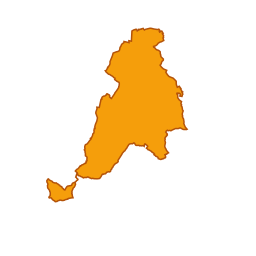 Horoatu Crasnei, Salaj, Romania (Mercator projection), rotated 31°
{"feature_id": "2599482B73206727878313", "entity_name": "Horoatu Crasnei", "entity_type": "district", "adm_level": 2, "iso_a3": "ROU", "parent_name": "Romania", "parent_adm1": "Salaj", "projection": "mercator", "projection_center": [22.925, 47.064], "detail": "fine", "context": "isolated", "style": "filled", "palette": "amber", "viewbox_px": 256, "rotation_deg": 31, "n_neighbors": 0, "source": "geoboundaries", "source_scale": "gbopen_adm2", "svg_char_len": 5853}
<svg xmlns="http://www.w3.org/2000/svg" viewBox="0 0 256 256"><g transform="rotate(31 128 128)"><path d="M111.1,221.8L113.1,219.9L112.9,219.5L113.3,219.0L115.2,217.3L116.8,216.1L115.3,214.9L114.6,213.9L113.7,213.4L113.7,213.0L113.4,212.9L113.3,212.2L112.6,211.5L112.6,210.9L112.3,210.3L112.3,209.2L112.0,208.3L112.0,207.5L112.4,206.4L112.3,204.6L112.0,203.9L112.0,203.2L110.5,201.8L111.0,200.6L111.0,199.6L111.6,198.6L111.6,198.1L111.6,197.9L111.4,197.7L109.9,197.5L109.0,196.8L108.6,196.9L107.8,194.1L107.7,193.0L107.4,192.4L109.7,194.4L111.9,193.8L112.5,193.9L114.5,193.6L115.4,193.8L116.1,192.9L118.1,191.7L118.4,190.9L119.7,190.4L120.5,190.6L121.3,190.3L122.8,190.2L123.8,189.2L124.7,189.1L127.8,187.4L129.3,186.2L129.7,185.8L129.9,183.7L129.8,181.1L129.9,180.7L130.6,180.5L130.8,180.0L132.2,178.9L132.4,178.6L132.5,177.0L134.0,175.4L134.8,175.2L135.3,174.4L135.3,173.9L134.9,172.9L134.9,172.4L135.2,171.7L134.9,171.0L135.2,169.4L135.0,168.2L135.1,167.6L135.1,166.7L135.4,166.1L135.4,165.1L135.8,164.7L136.7,163.0L136.9,161.9L136.3,161.3L136.1,160.6L136.3,153.4L136.1,152.8L136.7,149.7L137.0,149.4L137.1,146.8L137.3,146.0L137.1,143.6L137.3,143.0L137.2,142.1L137.5,141.0L138.8,139.8L140.0,139.2L140.7,137.7L141.6,137.8L143.3,138.7L144.0,138.7L146.4,137.2L147.1,137.3L147.7,136.8L149.1,136.2L150.1,135.2L151.3,135.4L150.6,133.1L151.0,132.8L153.9,133.2L154.4,133.6L154.2,135.8L155.8,136.0L156.2,136.3L157.6,136.0L160.5,136.0L161.0,136.4L162.8,136.3L164.1,136.7L164.0,137.5L165.5,137.6L166.4,137.9L167.1,137.8L167.4,137.6L168.5,137.7L168.9,137.8L169.7,138.7L172.1,138.2L172.7,137.7L172.8,137.3L173.2,137.2L173.6,136.4L174.0,136.3L174.4,135.8L174.6,134.8L175.3,134.4L175.4,134.0L174.8,132.9L173.4,131.9L174.6,130.5L174.4,130.3L175.5,128.4L172.6,127.4L170.9,126.2L170.2,125.9L169.1,125.0L168.6,124.1L167.6,121.2L166.0,119.7L165.6,118.3L164.9,117.8L164.8,116.7L165.0,116.1L164.9,115.5L165.2,115.2L165.3,113.9L164.9,113.8L164.9,113.1L164.7,112.9L162.5,112.1L162.4,110.4L162.8,110.2L163.0,109.6L163.9,109.6L165.2,108.4L166.2,108.3L166.9,107.0L169.0,104.0L171.3,102.7L172.6,101.0L176.1,100.8L178.8,99.3L179.3,98.6L176.6,97.7L174.6,96.3L174.0,95.7L173.5,95.5L173.0,94.1L171.0,91.7L170.4,91.3L170.0,91.2L168.7,90.1L168.7,89.6L167.3,88.2L166.7,86.1L166.5,84.9L165.5,84.5L163.4,82.0L162.4,81.7L162.0,81.2L162.1,80.8L161.7,80.2L160.9,80.0L160.7,79.7L160.3,77.8L157.7,77.6L155.7,76.8L154.7,76.1L154.3,75.0L153.6,74.4L153.3,73.5L152.4,73.7L152.0,73.1L152.6,72.5L154.0,71.8L154.9,71.8L155.4,72.0L156.0,73.9L158.0,73.2L157.9,72.4L157.5,71.7L157.6,70.9L157.2,70.7L156.9,69.9L156.3,69.7L156.1,68.9L155.5,69.3L154.7,68.3L152.9,67.4L153.1,67.0L150.4,65.8L149.3,67.7L147.0,65.8L145.2,63.1L144.3,62.8L141.1,62.0L136.9,62.7L136.2,62.6L134.3,62.0L131.7,60.7L131.5,58.6L127.9,59.1L125.1,58.5L123.1,57.6L123.4,55.8L122.9,54.2L122.9,53.1L123.3,52.2L123.3,51.6L122.8,50.7L119.8,50.0L119.0,49.5L118.9,49.1L118.2,48.5L118.0,48.0L117.4,47.8L116.9,46.9L116.2,46.0L114.3,45.7L112.1,46.2L110.6,45.9L110.0,45.5L108.4,45.5L107.9,44.9L109.3,43.4L110.1,41.4L110.2,39.8L111.2,37.9L112.3,36.8L112.9,35.6L113.6,34.6L111.6,32.8L111.9,32.2L111.0,31.0L110.8,30.3L109.2,29.7L108.8,29.3L109.3,28.7L107.0,27.5L105.7,29.5L104.8,28.8L105.0,27.9L103.5,27.4L103.0,28.1L102.1,28.6L99.2,29.8L96.8,30.5L95.5,31.1L92.0,34.6L91.6,35.5L90.5,35.3L89.7,34.8L88.1,36.5L88.3,36.7L88.2,36.8L86.4,37.9L86.8,38.4L86.4,38.8L85.9,40.0L84.8,39.1L84.2,39.6L83.9,39.3L82.4,41.0L81.4,42.8L86.2,51.8L83.8,52.7L84.9,54.3L80.0,55.9L80.5,56.9L79.5,59.4L79.5,60.0L79.8,61.9L79.8,62.5L79.6,62.8L80.6,65.4L80.6,66.5L80.0,67.5L78.7,68.8L76.7,71.4L77.0,72.7L77.4,74.0L78.4,80.4L79.4,82.0L79.7,83.2L79.8,84.1L79.3,86.4L79.7,86.5L79.6,88.0L79.7,89.2L79.4,90.4L79.1,90.6L80.1,91.2L83.5,91.9L85.2,91.5L86.3,91.7L88.2,91.6L90.0,92.1L91.2,92.0L91.6,92.8L91.6,93.3L91.9,93.4L93.9,93.5L94.1,93.7L96.9,93.5L97.8,94.6L98.7,96.6L98.7,97.2L99.0,97.7L99.2,98.8L99.0,102.3L98.7,104.6L98.9,105.4L98.6,110.6L98.7,111.2L98.1,111.3L96.3,110.9L95.7,109.7L95.0,109.3L92.5,109.4L92.3,109.6L92.5,109.9L92.2,110.2L92.3,111.3L91.9,111.6L91.8,112.2L91.6,112.6L90.6,113.3L90.4,113.8L90.0,114.5L90.0,115.3L90.1,115.9L90.7,116.8L90.1,117.3L92.8,125.2L90.6,126.2L91.5,127.4L92.2,130.7L92.7,131.8L96.5,134.9L97.0,136.1L97.7,138.2L98.2,141.6L98.7,143.4L98.9,144.0L99.9,145.2L100.0,145.5L99.4,145.7L100.0,147.6L100.5,148.0L101.3,149.9L100.9,150.8L101.0,151.5L101.5,152.8L101.7,155.1L101.1,156.2L101.1,156.3L101.9,156.4L101.8,156.7L101.9,157.3L101.6,158.3L101.4,161.1L101.0,163.2L100.5,163.6L100.1,164.3L100.4,166.0L101.3,167.5L101.6,167.6L101.9,168.2L102.1,169.0L101.9,169.3L103.2,169.9L103.4,170.6L105.1,172.3L105.2,172.9L105.9,173.8L107.0,173.8L108.0,174.2L109.1,176.4L109.6,177.0L109.6,177.8L109.3,178.0L109.7,178.4L109.5,178.9L109.9,179.3L109.9,179.6L109.4,180.3L109.6,180.4L108.9,181.1L108.5,182.2L107.4,183.5L107.2,184.6L106.6,184.9L106.8,185.5L106.4,185.9L106.4,187.0L106.2,188.2L106.0,189.0L105.4,189.8L105.1,191.3L105.0,192.0L107.3,192.5L107.6,193.0L107.8,194.1L108.5,197.0L109.0,196.9L109.9,197.5L111.4,197.7L111.6,198.1L111.5,198.6L111.0,199.6L110.9,200.6L110.5,201.6L108.9,203.9L108.9,204.9L109.2,206.2L106.1,209.0L105.8,209.9L105.7,212.4L105.9,213.5L105.7,213.7L104.5,213.8L104.0,213.4L102.2,213.1L101.4,212.4L100.0,212.7L99.3,212.5L98.9,212.2L98.3,212.4L97.4,212.1L95.9,212.2L94.8,212.0L93.7,212.8L91.8,213.2L91.2,213.2L90.6,212.8L87.2,213.1L86.5,212.7L85.8,212.7L85.6,213.6L85.6,215.1L86.5,216.2L87.8,216.9L88.3,217.5L88.6,218.2L88.6,218.8L90.0,220.7L92.9,221.9L93.6,222.7L94.2,223.0L94.7,223.6L95.2,224.3L95.6,225.2L95.8,225.3L96.1,226.1L95.8,227.3L95.9,228.0L96.1,228.4L96.7,228.4L97.9,227.5L98.4,227.5L98.7,227.7L100.3,228.3L101.8,228.4L102.5,228.2L103.2,228.6L103.7,228.6L105.0,227.5L105.5,226.2L106.1,225.9L106.6,225.0L107.7,224.4L108.7,224.2L109.7,223.6L110.7,222.6L111.1,221.8Z" fill="#f59e0b" stroke="#b45309" stroke-width="1.5"/></g></svg>